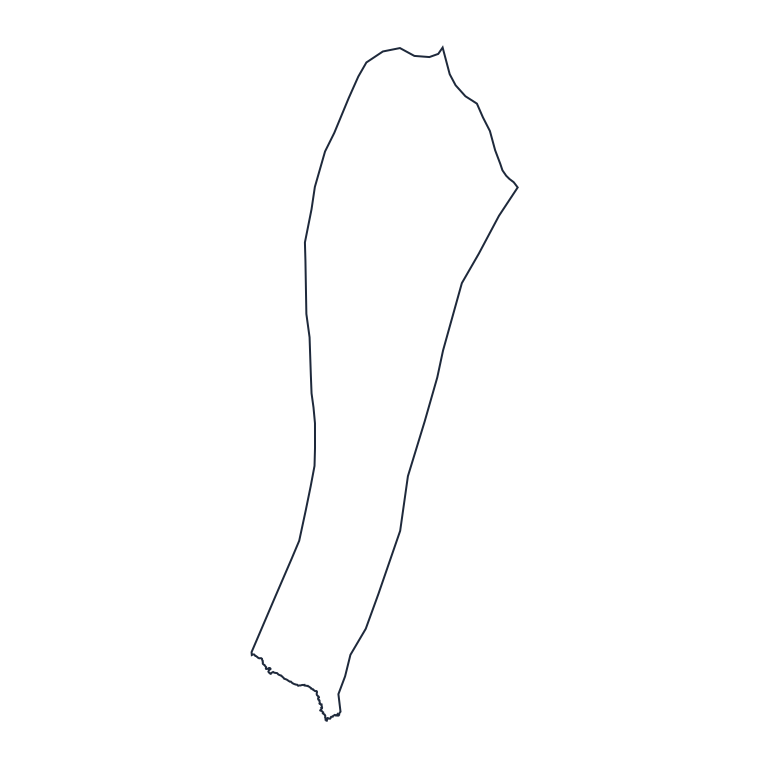 outline of Idjwi, Sud-Kivu, Democratic Republic of the Congo, rotated 179°
{"feature_id": "63176286B68411895895174", "entity_name": "Idjwi", "entity_type": "district", "adm_level": 2, "iso_a3": "COD", "parent_name": "Democratic Republic of the Congo", "parent_adm1": "Sud-Kivu", "projection": "natural_earth1", "projection_center": [29.165, -1.966], "detail": "fine", "context": "isolated", "style": "outline", "palette": "slate", "viewbox_px": 768, "rotation_deg": 179, "n_neighbors": 0, "source": "geoboundaries", "source_scale": "gbopen_adm2", "svg_char_len": 3446}
<svg xmlns="http://www.w3.org/2000/svg" viewBox="0 0 768 768"><g transform="rotate(179 384 384)"><path d="M435.5,53.3L435.2,53.3L434.6,54.0L434.5,55.1L434.5,55.3L433.9,56.3L433.2,57.1L435.0,74.7L428.0,92.4L422.3,113.8L406.5,139.6L393.2,174.3L370.4,236.9L361.7,291.4L344.0,345.8L330.6,389.7L324.4,416.4L304.4,483.5L286.9,512.7L266.1,550.2L246.9,578.2L250.8,583.5L255.0,586.8L258.2,590.1L261.8,595.5L262.1,596.4L263.9,602.1L268.8,615.8L273.7,635.1L280.5,649.0L286.2,662.7L297.6,670.3L307.2,681.4L312.9,692.6L319.5,719.4L324.0,713.1L332.9,710.1L347.9,711.5L362.2,719.6L379.3,716.5L396.0,705.8L404.3,691.9L414.3,670.5L429.3,636.0L438.9,617.5L449.7,582.2L453.4,560.0L460.6,526.9L460.4,508.5L460.4,455.4L457.6,432.0L457.0,394.7L456.6,375.9L454.9,361.8L453.7,345.9L454.1,321.2L454.9,303.3L459.1,283.0L464.5,258.8L471.5,228.8L479.4,210.9L496.1,174.0L521.1,118.2L520.9,115.3L519.6,115.9L518.5,115.8L518.2,115.5L517.7,114.7L517.3,114.3L516.9,114.3L516.4,114.0L515.9,113.5L515.6,113.4L514.6,112.4L514.1,112.3L513.8,112.0L513.1,111.9L512.5,112.0L511.6,112.0L511.2,111.7L510.8,111.4L510.8,110.9L510.4,109.7L510.1,109.4L510.2,108.4L509.9,108.0L510.1,106.9L509.9,106.2L509.4,105.8L508.9,105.3L508.4,105.2L508.1,104.6L507.6,103.9L506.8,103.0L506.8,102.4L507.1,101.9L507.0,101.3L506.4,101.1L505.8,101.2L504.7,101.3L504.6,101.5L504.2,101.9L503.8,102.1L503.2,102.0L502.7,101.7L502.4,101.1L502.5,100.9L503.0,100.6L503.2,100.4L503.7,100.2L504.0,99.7L504.6,98.6L504.4,97.9L504.0,97.4L503.3,97.0L503.0,96.5L502.3,96.2L502.0,96.7L501.4,97.2L499.9,98.0L499.5,97.8L499.0,97.4L498.7,97.2L498.1,97.2L497.5,97.0L496.5,96.9L495.8,96.7L494.7,95.4L494.1,95.1L493.5,94.8L492.9,94.6L492.1,94.4L491.9,94.0L491.6,93.8L490.9,93.4L490.6,92.9L489.9,92.3L489.3,91.7L489.0,91.1L487.6,90.6L486.8,90.3L486.2,90.0L485.7,89.6L485.3,89.4L484.9,89.0L483.3,88.0L482.4,88.1L480.9,86.6L480.5,86.3L480.1,86.2L479.1,85.6L478.6,85.4L478.3,85.4L477.8,85.1L477.2,85.0L476.7,84.9L476.0,84.8L475.3,83.9L474.9,83.8L474.6,84.0L473.7,84.1L473.0,84.0L472.2,84.2L471.5,84.4L470.8,84.5L470.3,84.5L469.7,84.5L469.2,84.3L468.7,84.5L468.6,84.2L468.6,83.9L467.9,83.8L467.2,83.7L466.4,83.5L465.5,83.5L465.4,83.2L465.0,83.1L464.3,82.7L463.6,82.3L463.3,82.0L462.9,81.6L462.2,81.2L462.1,80.7L461.6,80.6L460.8,80.0L460.6,79.8L460.2,79.9L459.8,79.4L459.6,79.1L459.4,79.0L459.1,78.8L458.9,78.7L458.6,78.4L458.3,78.2L457.6,78.1L457.0,78.2L456.8,78.1L456.5,77.8L456.4,77.4L456.4,76.8L456.6,76.1L456.7,75.6L456.7,75.0L456.6,74.4L456.2,73.8L456.0,73.7L455.5,73.1L454.9,72.7L454.6,72.2L454.5,71.7L454.8,71.5L455.3,71.2L455.4,70.6L455.2,69.7L454.9,69.3L454.4,69.2L454.0,68.7L454.1,67.7L453.8,67.0L453.8,66.4L454.0,65.8L453.6,65.7L453.5,65.2L452.9,65.2L452.4,64.6L452.0,64.6L452.0,64.0L452.2,63.6L452.0,63.4L451.8,63.0L451.7,61.8L452.1,61.5L451.6,61.2L451.7,60.7L452.6,59.9L453.2,59.2L453.4,58.7L452.6,58.3L452.2,58.3L451.9,58.1L451.3,57.5L451.0,56.9L450.5,56.7L450.5,56.0L450.8,55.8L450.4,55.3L450.0,55.2L449.5,54.6L449.1,54.5L448.9,54.2L448.8,53.6L448.5,53.3L448.5,52.8L448.6,52.4L448.7,51.5L448.3,50.7L448.3,49.5L448.0,49.5L447.6,49.3L447.7,48.7L447.5,48.4L447.0,48.4L446.9,49.0L446.6,50.2L446.4,51.0L446.1,51.0L446.0,50.6L445.2,50.4L444.3,50.4L443.6,50.4L443.2,51.0L442.9,51.9L442.5,52.2L442.0,52.2L441.7,52.2L441.0,52.3L440.8,52.9L440.4,53.2L439.7,53.5L439.0,54.0L438.2,53.8L437.8,53.3L437.3,53.4L436.8,54.1L436.4,54.5L436.3,54.0L436.3,53.3L435.8,53.2L435.5,53.3Z" fill="none" stroke="#1e293b" stroke-width="2"/></g></svg>